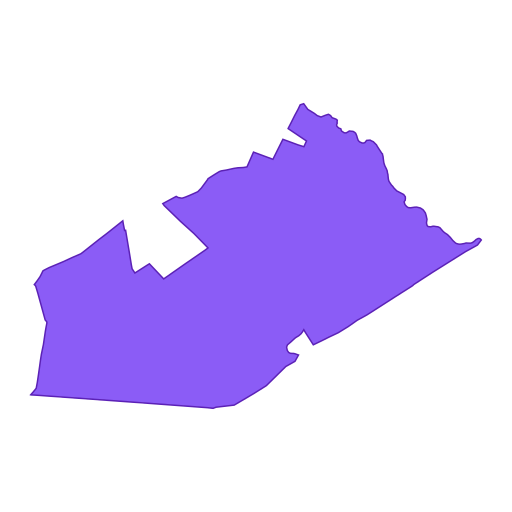 Zarand, Arad, Romania
{"feature_id": "2599482B71150188153613", "entity_name": "Zarand", "entity_type": "district", "adm_level": 2, "iso_a3": "ROU", "parent_name": "Romania", "parent_adm1": "Arad", "projection": "robinson", "projection_center": [21.561, 46.439], "detail": "fine", "context": "isolated", "style": "filled", "palette": "violet", "viewbox_px": 512, "rotation_deg": 0, "n_neighbors": 0, "source": "geoboundaries", "source_scale": "gbopen_adm2", "svg_char_len": 3171}
<svg xmlns="http://www.w3.org/2000/svg" viewBox="0 0 512 512"><path d="M481.3,240.0L480.8,239.4L480.1,238.8L479.1,238.4L478.1,238.5L477.1,239.0L476.0,239.6L474.6,241.0L472.2,242.7L470.4,243.2L467.9,243.1L466.0,243.0L464.4,243.5L461.0,244.1L459.1,244.2L456.7,243.6L455.6,243.1L452.8,240.5L450.4,237.5L447.5,234.6L444.6,232.7L443.1,231.4L441.9,230.0L439.9,227.7L438.0,226.8L436.3,226.6L434.5,226.3L433.0,226.2L430.7,226.8L429.2,226.7L428.0,226.5L427.2,225.7L426.7,224.2L426.5,222.7L427.0,219.3L426.6,217.6L426.2,215.7L425.4,213.0L424.2,211.2L423.0,209.7L420.4,208.0L418.7,207.6L416.7,207.1L414.5,207.2L410.5,207.8L408.2,207.6L406.6,206.5L404.9,204.5L404.5,203.1L404.1,201.9L404.7,200.9L405.2,200.3L405.4,198.5L405.3,196.7L404.6,195.8L403.7,194.5L401.2,193.2L396.6,190.8L396.1,190.2L394.0,188.1L392.7,186.3L391.4,185.0L390.4,183.5L389.0,181.4L388.4,179.3L388.1,176.6L387.9,174.3L387.5,173.1L387.2,170.9L386.4,168.9L384.8,165.7L384.1,163.6L383.8,162.5L383.3,158.7L383.0,156.2L382.6,155.0L382.5,154.0L381.8,153.3L379.3,149.5L378.2,147.8L377.3,146.4L376.5,144.9L373.3,141.7L371.3,140.8L370.1,140.1L367.7,140.3L366.6,140.4L365.9,141.3L364.9,142.6L363.2,143.1L361.9,142.9L359.5,141.8L358.2,140.4L357.3,137.9L356.8,136.0L355.7,133.3L354.6,132.3L353.1,131.4L351.1,131.2L349.3,131.0L347.6,132.1L346.1,132.9L344.2,132.8L341.5,131.0L340.8,128.8L338.7,128.0L336.9,126.3L336.6,124.9L336.9,123.9L337.3,123.0L337.2,122.8L337.0,122.5L337.3,120.2L336.3,119.3L334.9,118.7L332.1,117.7L330.6,115.6L329.5,114.9L328.4,114.3L325.3,115.3L321.0,117.0L317.2,115.6L314.9,113.8L313.9,113.1L307.8,109.4L303.7,103.7L300.2,104.8L297.9,109.6L294.8,115.3L291.0,122.9L288.3,128.1L288.1,128.6L306.5,141.0L303.9,146.7L298.1,144.9L282.9,139.3L272.9,159.3L253.5,152.1L247.0,166.9L243.4,167.5L237.8,167.8L233.8,168.4L226.1,170.1L221.1,170.9L219.3,171.6L214.4,174.6L208.1,178.6L207.5,179.7L201.3,188.1L197.8,191.7L193.4,193.7L189.3,195.5L185.1,197.2L182.0,198.2L178.1,197.5L176.2,196.4L162.8,203.6L164.2,205.6L180.5,221.4L193.8,233.4L199.0,238.7L208.0,247.9L207.4,248.4L205.0,250.2L185.4,263.7L163.7,278.9L149.4,263.8L146.8,265.4L140.7,269.3L134.9,273.0L132.1,268.8L131.3,264.6L129.3,252.3L126.5,235.7L125.6,230.3L124.6,230.5L123.4,224.4L122.8,220.8L106.7,233.6L98.7,239.7L83.2,252.0L80.8,253.8L72.5,257.4L62.5,262.0L49.1,267.6L44.2,270.1L42.9,270.9L42.1,272.6L40.1,276.6L37.1,280.9L34.3,284.6L35.0,285.2L35.7,286.1L37.8,293.1L45.2,320.0L46.7,321.7L46.9,322.9L46.1,327.0L45.4,331.0L43.4,344.6L41.4,354.2L40.5,360.0L39.6,366.6L38.5,374.4L37.3,382.5L36.2,388.3L33.1,392.1L30.7,394.8L31.0,394.9L34.9,395.1L39.4,395.4L48.9,396.1L133.4,402.2L207.6,407.7L213.1,408.3L216.1,407.2L234.2,405.1L253.7,393.6L265.8,386.0L266.5,385.5L285.8,366.5L295.0,361.3L298.5,355.0L294.8,353.7L293.3,353.4L291.8,353.4L290.4,353.3L288.7,352.5L287.3,350.5L286.8,348.2L286.6,347.1L287.1,345.7L287.5,344.8L290.8,342.0L294.7,338.4L296.0,337.4L298.7,335.8L301.0,333.8L302.3,332.1L303.8,329.7L305.1,332.0L313.3,344.8L321.2,341.0L329.0,337.1L338.3,332.7L348.2,326.6L357.3,320.2L367.1,314.8L395.0,296.9L412.6,285.7L413.8,284.5L432.6,272.3L465.6,251.6L475.4,246.2L477.5,245.0L481.3,240.0Z" fill="#8b5cf6" stroke="#5b21b6" stroke-width="1.5"/></svg>